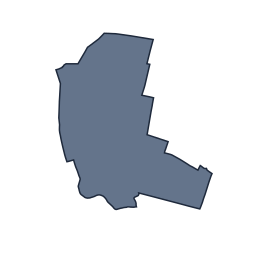 Giang Thanh, Kiên Giang, Vietnam, rotated 254°
{"feature_id": "81297802B31774141557678", "entity_name": "Giang Thanh", "entity_type": "district", "adm_level": 2, "iso_a3": "VNM", "parent_name": "Vietnam", "parent_adm1": "Kiên Giang", "projection": "mercator", "projection_center": [104.64, 10.444], "detail": "fine", "context": "isolated", "style": "filled", "palette": "slate", "viewbox_px": 256, "rotation_deg": 254, "n_neighbors": 0, "source": "geoboundaries", "source_scale": "gbopen_adm2", "svg_char_len": 2460}
<svg xmlns="http://www.w3.org/2000/svg" viewBox="0 0 256 256"><g transform="rotate(254 128 128)"><path d="M203.8,74.8L189.4,75.3L181.1,72.4L172.3,69.3L171.0,68.9L162.6,66.2L156.8,64.3L149.9,63.1L148.5,62.6L146.6,62.0L144.9,61.5L142.4,61.1L139.2,60.9L136.3,60.6L133.3,60.4L129.9,60.2L127.8,60.1L125.4,60.0L122.4,59.9L122.1,59.9L120.3,59.8L116.8,59.8L112.4,60.0L112.3,61.2L112.3,66.9L108.6,66.9L105.3,67.0L100.7,67.5L98.7,67.6L95.8,67.7L93.3,68.0L92.6,68.0L91.7,67.8L90.1,66.8L87.9,65.4L86.3,64.4L85.7,64.1L84.9,64.0L82.8,64.0L81.5,63.9L80.5,63.9L79.4,63.9L78.6,64.0L78.0,64.1L77.4,64.4L76.8,64.7L75.5,65.7L74.7,66.3L73.9,66.9L73.1,67.5L72.4,68.5L71.8,69.7L71.3,72.1L71.4,73.7L71.4,75.2L71.5,76.9L71.9,79.1L71.9,80.6L71.8,81.1L71.7,81.6L71.4,82.6L70.3,84.3L70.1,84.4L69.4,85.3L68.4,86.0L66.5,87.0L64.7,87.6L63.2,87.9L62.0,88.4L59.4,90.0L56.7,91.6L54.8,92.4L53.8,93.0L53.4,93.4L53.1,93.9L52.9,94.5L52.9,95.5L52.9,97.1L52.9,98.7L52.7,100.6L52.7,101.9L52.5,103.2L52.2,104.6L52.3,105.8L52.0,107.0L51.1,109.1L51.1,109.3L50.5,111.0L50.2,112.2L50.1,113.6L49.9,114.4L51.9,114.5L52.5,114.8L53.6,115.0L55.1,115.0L56.2,114.8L58.5,114.3L59.0,114.4L59.4,114.8L59.7,115.6L60.1,118.5L60.3,119.2L60.7,119.6L61.2,120.1L61.8,120.3L62.3,120.4L62.6,120.4L61.2,122.8L55.4,132.6L45.0,150.1L40.3,158.0L36.0,165.1L32.5,171.1L30.4,174.7L32.0,176.0L36.0,179.0L39.1,181.0L43.0,183.8L53.9,191.0L58.9,194.5L61.0,196.2L61.7,195.6L62.5,195.0L63.1,194.4L63.9,193.8L65.1,192.9L65.9,192.4L66.1,192.3L67.4,192.3L67.6,192.2L67.6,191.7L67.7,191.2L67.9,190.8L68.0,190.4L68.3,190.0L69.0,189.4L70.1,188.6L70.9,188.0L71.6,187.5L72.0,187.1L69.7,184.9L68.2,183.6L68.3,183.5L72.7,179.3L74.7,177.1L76.6,175.5L80.3,172.2L83.7,169.1L85.0,167.8L86.7,166.1L90.0,162.8L91.0,161.4L92.8,158.4L94.0,156.2L95.6,157.0L96.4,157.6L97.0,158.1L103.8,162.8L116.3,144.5L125.2,148.8L137.7,154.8L142.6,157.3L144.8,158.3L150.0,160.9L151.8,157.7L153.7,154.1L155.7,150.3L162.3,154.7L164.4,156.0L172.3,160.4L183.2,166.5L184.6,163.9L196.5,170.8L206.1,176.6L215.6,156.6L221.0,144.5L222.2,141.6L222.9,139.4L224.2,135.6L225.6,131.2L224.1,128.7L221.6,124.2L217.0,112.2L216.8,111.4L212.9,107.5L207.9,102.2L207.7,102.0L203.5,97.6L205.9,89.3L206.7,86.4L206.8,86.2L206.2,84.0L206.0,83.7L205.8,83.4L205.2,83.0L205.2,82.9L205.0,81.9L204.5,81.8L204.5,81.7L204.4,81.4L204.2,81.2L204.2,80.9L204.2,80.4L204.1,79.5L203.9,78.5L203.8,77.6L203.8,76.8L203.8,76.6L203.8,75.2L203.8,74.8Z" fill="#64748b" stroke="#1e293b" stroke-width="1.5"/></g></svg>